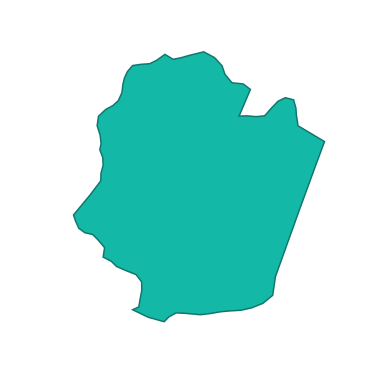 outline of Formosa do Sul, Santa Catarina, Brazil, rotated 115°
{"feature_id": "56859067B9697158571656", "entity_name": "Formosa do Sul", "entity_type": "district", "adm_level": 2, "iso_a3": "BRA", "parent_name": "Brazil", "parent_adm1": "Santa Catarina", "projection": "orthographic", "projection_center": [-52.793, -26.635], "detail": "fine", "context": "isolated", "style": "filled", "palette": "teal", "viewbox_px": 384, "rotation_deg": 115, "n_neighbors": 0, "source": "geoboundaries", "source_scale": "gbopen_adm2", "svg_char_len": 1107}
<svg xmlns="http://www.w3.org/2000/svg" viewBox="0 0 384 384"><g transform="rotate(115 192 192)"><path d="M278.4,97.5L271.8,89.0L262.8,80.6L251.5,75.2L233.5,80.6L197.8,83.9L165.1,86.9L122.1,90.6L110.1,91.6L90.3,93.2L87.2,123.9L78.0,130.0L71.9,133.4L65.5,138.9L67.1,147.3L73.4,152.4L83.0,155.7L92.2,158.3L96.6,165.7L99.6,174.0L103.3,181.4L74.4,182.4L72.4,191.2L76.1,201.9L71.5,211.8L64.9,218.1L60.7,228.3L60.0,240.6L68.6,251.3L75.4,259.3L79.7,265.2L78.7,274.7L87.9,279.9L93.7,284.7L97.9,292.3L102.5,299.3L110.1,301.4L117.3,301.4L123.8,300.1L131.5,297.5L140.5,297.4L147.4,300.4L153.7,305.1L162.8,308.8L172.0,306.0L179.4,299.2L186.7,294.8L192.7,293.4L198.4,287.5L205.4,283.8L213.5,282.4L220.4,279.4L237.7,283.1L262.9,289.7L267.8,285.0L272.8,279.1L274.2,271.9L272.5,264.1L275.3,256.4L279.4,247.7L288.6,245.0L288.9,235.9L291.4,229.0L291.2,219.5L290.5,207.8L294.7,199.7L302.5,195.9L310.8,193.8L318.6,191.7L323.8,196.0L324.0,178.4L321.3,162.4L314.8,160.1L308.3,155.3L305.0,147.3L302.5,140.4L299.7,132.6L294.5,124.2L288.3,115.2L283.7,107.3L278.4,97.5Z" fill="#14b8a6" stroke="#0f766e" stroke-width="1.5"/></g></svg>